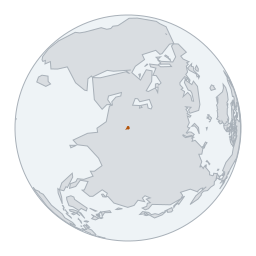 Kunduz on an orthographic globe, rotated 95°
{"feature_id": "AFG-1763", "entity_name": "Kunduz", "entity_type": "Province", "adm_level": 1, "iso_a3": "AFG", "parent_name": "Afghanistan", "parent_adm1": "", "projection": "orthographic", "projection_center": [68.869, 36.818], "detail": "medium", "context": "on_globe", "style": "filled", "palette": "amber", "viewbox_px": 256, "rotation_deg": 95, "n_neighbors": 0, "source": "natural_earth", "source_scale": "10m", "svg_char_len": 10807}
<svg xmlns="http://www.w3.org/2000/svg" viewBox="0 0 256 256"><g transform="rotate(95 128 128)"><circle cx="128" cy="128" r="113" fill="#eef3f6" stroke="#a8b0b8"/><path d="M148.5,17.2L151.2,18.6L160.2,22.6L165.6,24.3L162.4,23.9L174.3,27.6L180.8,31.4L171.9,27.0L169.8,26.5L173.4,28.8L172.0,28.8L173.0,30.1L171.0,30.0L165.9,27.8L164.6,27.8L167.2,29.5L166.9,30.7L163.2,28.2L162.3,30.1L153.7,27.4L145.4,21.9L139.0,21.4L126.3,18.8L125.9,19.5L120.8,19.3L118.4,20.1L116.7,19.6L116.3,20.7L118.3,21.0L118.8,21.6L117.6,22.2L115.2,21.6L115.5,21.2L114.1,21.4L113.5,20.9L113.1,21.5L110.4,20.9L111.3,22.4L107.6,22.7L106.3,22.1L108.8,21.0L112.1,17.8L111.6,17.4L108.2,17.6L96.9,20.2L95.3,20.4L91.4,21.6L91.2,21.8L94.2,21.1L92.7,22.1L96.6,21.4L96.5,21.9L99.5,21.9L96.4,23.2L91.9,24.6L89.3,24.8L87.2,25.6L87.5,26.7L80.6,28.6L72.6,32.8L71.1,33.3L71.9,31.6L77.3,28.0L78.4,26.9L75.0,29.1L71.3,30.8L69.6,31.9L68.3,32.8L68.6,32.8L66.8,33.9L69.5,31.7L71.2,30.8L70.3,31.3L72.8,29.8L73.4,29.5L81.1,25.6L89.1,22.3L97.3,19.6L105.6,17.6L114.1,16.2L122.7,15.5L131.3,15.4L139.9,16.0L148.5,17.2ZM153.0,18.3L151.2,17.9L151.7,17.9L152.6,18.1L153.0,18.3ZM169.7,25.7L167.6,24.6L170.1,25.7L169.7,25.7ZM173.5,30.3L174.5,30.6L174.6,31.1L173.5,30.3ZM101.0,21.2L100.2,21.5L100.1,21.3L101.0,21.2ZM102.9,20.9L103.3,20.4L104.2,20.3L104.0,20.5L102.9,20.9ZM171.6,31.6L171.4,32.5L170.7,31.2L171.6,31.6ZM102.3,21.5L105.9,20.0L107.7,19.8L108.3,20.7L102.3,21.5ZM170.6,32.7L170.2,35.1L172.4,36.0L165.7,35.1L168.4,33.2L167.2,31.4L169.1,32.6L170.6,32.7ZM119.5,20.8L117.3,20.6L120.2,20.3L119.5,20.8ZM121.2,20.6L129.6,19.4L132.2,20.3L128.8,20.4L133.1,21.3L130.3,22.3L127.3,22.0L126.2,21.2L126.0,22.2L121.2,20.6ZM162.1,34.4L161.2,34.7L161.2,33.9L162.1,34.4ZM119.2,21.8L120.6,21.4L123.0,22.1L120.5,23.1L120.5,22.5L119.2,21.8ZM135.6,21.2L137.0,22.0L135.0,23.0L135.3,23.4L130.4,22.4L135.6,21.2ZM119.4,22.7L119.2,23.6L117.0,23.8L117.9,22.3L119.4,22.7ZM124.7,22.0L125.7,22.4L124.3,22.4L124.7,22.0ZM109.0,25.5L110.7,24.8L112.0,25.1L109.0,25.5ZM119.3,23.9L120.0,23.8L120.8,23.9L120.2,24.6L119.3,23.9ZM129.4,23.2L128.3,23.5L131.3,23.7L130.0,24.6L127.0,23.8L127.7,24.5L127.3,24.8L125.3,23.9L129.4,23.2ZM121.8,25.6L117.5,25.1L114.1,26.2L112.8,25.9L118.6,24.2L121.8,25.6ZM124.0,24.6L122.3,25.1L121.6,24.4L122.2,23.7L124.0,24.6ZM130.1,25.5L132.9,24.4L133.5,24.6L130.1,25.5ZM120.9,26.0L122.0,26.1L120.8,26.1L120.9,26.0ZM127.5,25.8L128.4,25.3L129.0,25.6L127.5,25.8ZM123.3,26.8L121.9,26.6L122.3,26.1L123.3,26.8ZM125.3,26.4L125.9,26.9L123.3,26.0L125.6,26.2L125.3,26.4ZM127.9,26.1L128.6,26.1L127.4,26.3L127.9,26.1ZM122.5,29.2L119.1,28.1L120.0,26.8L123.2,28.0L122.5,29.2ZM17.7,128.2L19.3,109.1L21.3,105.5L23.8,98.9L39.8,89.7L40.9,94.0L51.0,100.6L51.8,102.6L48.2,107.1L53.7,120.2L58.4,117.5L65.9,126.1L72.5,129.0L79.2,119.7L68.4,114.9L69.0,109.0L79.6,108.5L89.3,113.1L89.9,111.0L85.7,104.2L90.1,101.5L84.6,101.6L85.2,104.3L81.8,104.5L81.0,102.1L82.5,101.1L80.2,99.0L73.4,104.4L73.3,107.7L65.9,105.4L65.1,110.8L62.4,112.0L62.7,103.2L64.2,100.8L63.0,90.0L60.7,92.2L61.7,102.7L60.4,101.1L57.3,104.7L58.7,100.7L58.3,89.1L53.0,86.7L42.6,91.8L40.2,89.9L39.9,85.3L47.4,76.5L51.8,81.7L54.5,79.1L56.7,73.0L57.9,75.2L59.3,73.5L61.3,75.3L67.1,73.6L69.6,75.1L74.9,70.4L76.8,70.7L73.1,73.3L71.9,76.1L78.4,80.3L80.5,79.9L83.4,76.7L84.8,78.4L86.8,74.8L92.0,75.8L87.4,71.6L90.6,68.2L95.4,66.8L95.6,65.0L87.9,67.3L85.6,68.9L84.9,71.4L77.8,75.8L75.0,75.3L79.2,68.2L75.6,66.9L80.5,62.4L98.4,58.4L104.3,59.1L107.9,67.6L104.8,69.3L101.9,67.0L101.8,72.3L103.1,70.3L104.3,71.9L107.7,69.4L108.7,70.4L110.3,66.3L111.9,67.3L110.9,69.9L117.4,67.4L121.5,68.9L122.5,67.9L122.4,66.4L127.7,69.5L128.2,68.6L126.7,67.2L126.6,64.7L128.6,61.4L130.4,62.7L129.9,64.0L131.5,68.9L129.9,72.5L130.8,72.7L132.6,69.9L130.6,63.9L131.4,61.7L132.7,64.3L132.3,63.1L133.2,62.4L135.7,63.0L134.4,60.1L141.9,51.6L147.6,52.2L148.0,55.2L155.1,51.6L160.9,53.1L159.4,51.7L161.8,49.5L160.0,48.9L159.5,48.1L164.9,42.8L167.5,42.7L168.2,39.4L167.5,38.8L165.6,38.6L165.7,35.1L172.4,36.0L173.8,37.3L177.1,37.2L179.7,40.4L183.4,43.3L184.4,47.3L187.2,49.4L188.2,49.1L192.7,52.1L198.8,59.5L189.6,54.5L179.7,44.9L183.4,48.8L181.3,48.3L181.8,50.0L184.5,52.9L185.6,52.9L183.5,60.6L187.5,70.1L190.3,67.7L193.8,69.1L200.8,79.2L202.0,97.3L206.6,100.6L208.0,103.6L206.5,106.9L204.4,102.5L201.3,102.2L200.4,99.3L197.3,103.6L195.7,99.8L194.0,105.2L196.5,107.6L199.9,105.0L199.1,111.8L204.6,115.2L207.1,121.3L204.0,135.5L198.1,141.9L198.1,144.0L194.8,142.9L191.8,148.3L199.1,157.0L199.4,160.2L193.9,168.3L193.5,166.1L184.8,163.2L184.2,171.0L190.8,175.0L193.2,181.0L188.5,180.5L186.0,175.2L182.9,174.0L183.0,167.5L179.1,158.6L174.3,161.7L174.0,157.7L167.8,150.6L160.6,154.7L149.5,166.9L149.1,177.0L144.8,181.6L136.8,167.8L134.9,157.9L130.9,158.9L123.6,150.2L107.8,148.4L106.5,145.5L103.3,146.4L98.3,142.8L96.7,138.0L93.2,137.6L97.8,150.2L101.6,150.7L106.1,146.9L106.6,151.2L111.6,155.4L102.7,164.0L80.9,167.8L80.4,160.0L72.1,134.8L73.2,132.6L73.3,132.3L73.3,131.8L70.8,135.2L70.0,130.2L72.7,147.3L72.4,153.8L80.5,168.1L79.4,169.0L82.5,172.2L94.4,172.1L94.1,174.5L87.5,184.2L72.4,193.8L75.4,203.2L75.9,209.9L68.6,211.1L71.4,216.3L67.9,216.2L69.1,218.6L67.6,219.6L64.2,219.2L56.1,214.1L53.9,211.8L47.2,204.7L37.3,188.9L37.5,184.5L36.1,179.1L30.4,163.4L31.5,157.8L30.4,153.8L27.9,151.9L26.9,147.0L25.6,145.3L18.6,136.5L17.7,128.2ZM31.7,97.3L30.6,99.0L31.7,97.3ZM98.0,123.4L104.9,125.4L104.6,118.1L107.2,118.3L106.2,115.8L104.5,117.5L102.4,110.9L106.4,109.7L107.0,106.6L104.7,105.8L97.7,109.2L100.8,118.6L98.0,120.9L98.0,123.4ZM71.2,30.9L70.9,31.2L69.3,32.2L69.6,31.9L71.2,30.9ZM65.2,36.3L62.4,37.9L64.6,36.5L64.4,36.2L68.7,33.1L70.5,33.4L68.9,33.7L65.2,36.3ZM75.0,29.3L72.1,31.0L75.2,29.2L75.0,29.3ZM65.4,63.1L65.0,65.0L62.8,66.4L59.7,65.2L62.9,63.1L65.4,63.1ZM65.1,67.4L70.1,61.2L72.3,61.9L70.2,62.5L71.1,63.6L68.1,64.9L65.1,72.1L63.0,73.8L58.4,70.2L61.1,70.3L61.3,68.3L65.1,67.4ZM79.3,46.3L81.6,44.3L83.3,48.4L81.0,49.9L77.8,48.6L78.6,46.1L79.3,46.3ZM102.7,23.8L103.4,23.2L104.1,23.3L104.0,23.8L102.7,23.8ZM109.7,25.2L100.1,26.5L100.5,25.9L94.5,27.8L93.1,26.9L97.0,25.6L91.4,26.6L94.4,25.1L90.5,26.0L99.5,23.2L102.0,22.1L99.7,23.6L100.9,24.4L102.2,24.4L107.7,23.8L113.6,22.1L115.7,22.9L115.7,23.9L114.6,24.4L113.5,23.7L112.8,24.9L110.5,24.3L109.7,25.2ZM113.7,38.6L113.0,36.9L111.2,40.5L108.8,39.4L108.7,39.8L106.0,39.9L102.7,40.8L102.0,40.1L100.9,40.8L99.1,41.0L97.5,41.8L95.7,40.8L93.5,41.7L93.9,40.8L90.7,42.7L92.2,40.9L90.1,41.1L89.7,42.7L83.7,37.0L80.0,36.4L76.0,37.1L79.2,34.2L84.9,32.0L91.3,30.7L94.4,31.8L95.3,30.5L97.0,30.7L95.6,31.6L98.9,30.3L99.9,30.8L105.6,30.4L109.6,28.5L111.8,28.5L110.8,29.5L113.7,28.7L113.2,30.6L114.8,30.7L115.9,32.8L113.0,34.9L115.0,34.8L115.9,36.6L113.7,38.6ZM122.7,29.8L119.8,32.2L117.0,32.9L116.3,29.0L114.9,28.7L114.3,26.6L118.3,25.7L118.1,26.3L118.8,26.8L117.3,26.9L119.1,27.2L118.9,28.2L120.2,28.7L118.9,29.3L122.7,29.8ZM54.3,101.8L55.2,102.8L57.0,103.8L55.1,106.2L54.3,101.8ZM53.8,93.8L54.9,94.2L53.0,97.8L52.0,96.9L53.8,93.8ZM57.0,91.6L55.1,94.0L55.6,92.1L57.0,91.6ZM74.3,73.6L75.6,73.9L75.1,74.8L73.7,75.6L74.3,73.6ZM107.8,49.7L107.8,48.4L108.6,48.3L110.8,45.6L112.7,46.4L112.1,48.3L107.8,49.7ZM76.4,120.7L73.6,121.9L73.0,120.5L74.1,120.3L76.4,120.7ZM63.1,114.0L65.4,116.9L62.6,114.6L63.1,114.0ZM110.3,50.1L110.9,48.9L111.5,50.0L110.3,50.1ZM114.2,46.8L115.1,47.9L113.2,46.2L114.2,46.8ZM128.1,240.3L129.8,240.4L127.8,240.4L128.1,240.3ZM93.7,213.5L90.1,222.9L85.1,221.6L82.9,218.3L83.3,212.2L88.6,211.6L90.9,209.0L93.7,213.5ZM213.2,185.7L215.3,184.6L215.2,185.1L213.2,185.7ZM211.1,185.8L213.6,184.3L210.5,186.9L211.1,185.8ZM214.6,183.7L217.1,181.3L218.3,179.9L218.0,180.9L214.6,183.7ZM209.3,186.8L198.9,191.9L194.5,192.6L195.7,190.8L202.7,188.1L209.3,186.8ZM195.4,190.9L188.5,189.2L177.9,179.6L181.7,178.8L192.6,183.2L191.9,184.7L196.1,186.5L195.4,190.9ZM211.3,175.8L210.5,180.0L205.0,182.6L202.3,183.2L200.5,179.0L201.5,175.9L203.8,175.0L211.4,161.7L214.3,162.4L212.2,167.6L214.4,169.8L211.3,175.8ZM149.7,177.8L152.7,183.2L150.3,184.4L149.7,177.8ZM213.8,153.4L211.2,159.3L213.4,152.2L213.8,153.4ZM214.7,147.2L215.2,149.2L213.7,147.9L214.7,147.2ZM198.7,147.0L196.4,148.6L196.0,147.1L198.7,144.2L198.7,147.0ZM208.9,126.5L210.2,131.1L210.2,132.9L208.5,130.7L208.9,126.5ZM127.7,56.5L122.5,59.1L120.1,61.9L120.7,64.7L117.6,62.1L121.4,57.8L127.7,56.5ZM140.0,52.0L139.4,49.8L141.1,50.2L141.5,50.7L140.0,52.0ZM138.6,51.1L135.2,49.6L135.8,48.0L138.4,49.5L138.6,51.1ZM122.6,49.4L120.9,50.1L120.5,49.1L122.6,49.4ZM213.2,201.6L197.7,215.9L195.2,217.4L197.6,215.1L198.9,210.9L199.9,210.5L201.4,206.7L211.6,197.5L219.4,186.0L222.9,183.2L226.9,175.0L229.9,171.7L227.9,177.2L229.7,176.0L234.2,163.4L232.7,169.5L228.9,178.1L224.3,186.4L219.1,194.2L213.2,201.6ZM218.3,182.5L221.5,177.5L223.0,176.1L218.3,182.5ZM237.5,152.4L237.6,154.0L236.9,156.5L236.3,156.3L234.7,161.2L231.8,165.4L232.8,162.6L232.7,160.5L229.1,163.9L228.3,162.9L229.9,160.2L227.1,161.5L230.2,157.6L231.2,160.1L232.8,155.3L235.1,152.8L236.9,150.7L237.9,150.6L237.5,152.4ZM229.7,165.8L230.2,165.2L229.6,166.8L229.7,165.8ZM239.8,141.6L239.9,141.2L239.9,141.3L239.8,141.6ZM238.2,149.3L239.4,143.1L239.6,142.4L238.7,148.0L238.2,149.3ZM239.4,141.9L239.7,140.9L239.7,141.8L239.6,142.6L239.4,141.9ZM223.5,168.5L223.3,169.6L222.5,169.6L223.5,168.5ZM224.7,166.9L227.2,165.7L224.4,168.0L224.7,166.9ZM215.9,169.8L216.8,171.7L219.7,168.2L217.5,171.9L219.2,174.6L218.4,176.6L216.8,173.6L215.8,178.5L214.5,179.2L214.1,175.8L215.5,170.3L216.8,167.5L221.8,163.1L215.9,169.8ZM224.8,163.9L224.1,161.6L224.5,159.3L225.4,160.1L224.8,163.9ZM221.5,156.3L219.1,154.3L217.3,157.0L220.6,149.4L222.4,152.5L221.5,156.3ZM218.9,149.9L217.3,152.4L218.7,148.2L218.9,149.9ZM216.6,151.5L216.0,149.2L217.6,148.5L216.6,151.5ZM219.9,149.4L219.5,144.9L220.6,146.9L219.9,149.4ZM214.4,144.0L218.3,146.0L213.9,147.0L212.0,138.9L213.7,137.6L214.4,144.0ZM213.3,104.0L211.9,102.0L213.0,100.3L213.7,102.2L213.3,104.0ZM215.3,93.7L212.8,99.2L210.7,103.9L212.1,104.2L213.1,108.8L210.0,106.2L210.3,100.0L212.3,97.2L211.0,93.6L211.5,89.9L208.9,86.0L208.6,83.6L211.5,86.3L215.3,93.7ZM207.7,84.5L203.5,77.4L206.3,76.2L207.8,77.5L208.6,81.2L207.1,81.6L207.7,84.5ZM203.3,75.4L201.7,75.7L192.3,67.6L191.0,65.7L199.7,70.8L198.7,71.5L200.5,73.9L203.3,75.4ZM162.3,35.3L161.3,34.8L162.5,34.8L162.3,35.3ZM158.5,47.9L158.0,46.8L159.4,46.8L158.5,47.9ZM157.4,43.9L156.1,44.6L156.7,43.3L157.4,43.9ZM153.5,46.5L155.3,44.7L154.6,47.2L153.5,46.5Z" fill="#d9dde1" stroke="#a8b0b8" stroke-width="1"/><path d="M128.6,127.4L128.7,127.5L128.7,127.9L128.7,128.0L128.6,128.3L128.6,128.5L128.4,128.6L128.5,128.7L128.5,128.8L128.6,129.0L128.4,128.9L128.2,128.8L127.9,128.7L127.7,128.6L127.2,128.5L126.9,128.4L126.8,128.2L126.7,128.0L126.7,127.9L126.8,127.7L127.0,127.6L127.1,127.4L127.3,127.4L127.5,127.3L127.6,127.2L127.8,127.1L128.0,127.0L128.3,127.1L128.4,127.3L128.6,127.4Z" fill="#f59e0b" stroke="#b45309" stroke-width="1.5"/></g></svg>